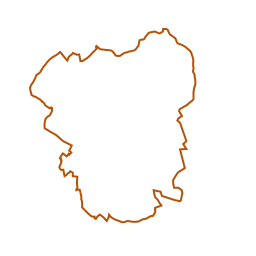 Silindia, Arad, Romania (Robinson projection), rotated 253°
{"feature_id": "2599482B7654473920884", "entity_name": "Silindia", "entity_type": "district", "adm_level": 2, "iso_a3": "ROU", "parent_name": "Romania", "parent_adm1": "Arad", "projection": "robinson", "projection_center": [21.934, 46.34], "detail": "fine", "context": "isolated", "style": "outline", "palette": "amber", "viewbox_px": 256, "rotation_deg": 253, "n_neighbors": 0, "source": "geoboundaries", "source_scale": "gbopen_adm2", "svg_char_len": 4003}
<svg xmlns="http://www.w3.org/2000/svg" viewBox="0 0 256 256"><g transform="rotate(253 128 128)"><path d="M212.4,190.6L210.1,189.6L209.2,186.4L209.4,185.4L212.4,181.9L212.8,178.7L213.0,175.7L211.8,173.9L209.7,170.8L208.6,170.0L208.1,168.6L208.4,167.6L208.6,165.8L208.5,164.7L207.0,163.9L205.0,162.8L203.3,161.8L202.9,161.0L201.9,159.6L201.0,158.4L200.4,156.9L200.4,156.4L200.6,153.5L200.8,151.0L200.7,148.9L200.8,146.0L200.2,144.2L199.3,141.3L199.9,139.5L200.4,138.1L200.9,137.5L201.6,137.1L202.6,136.9L203.5,136.6L204.8,136.0L206.0,135.4L206.8,134.9L207.1,134.4L208.0,132.5L209.6,128.6L211.4,124.6L211.8,124.2L212.2,123.9L215.6,121.9L215.3,121.2L214.8,121.0L212.9,121.2L212.2,119.7L211.4,118.2L210.6,116.6L209.4,114.6L208.5,113.1L207.2,110.3L206.7,109.3L205.9,106.0L205.5,105.1L205.4,104.4L205.9,102.1L212.6,102.8L212.7,101.8L213.0,101.1L213.1,100.3L213.6,99.9L214.0,99.2L214.6,98.6L215.7,97.6L215.8,97.1L214.8,95.9L214.5,94.7L213.9,93.3L213.1,91.9L210.2,89.7L211.3,89.1L220.5,85.4L220.4,84.9L220.1,84.1L219.6,83.5L219.1,81.9L218.5,79.8L217.7,76.4L216.5,73.3L215.4,71.3L214.2,69.4L212.9,67.8L211.2,64.9L207.6,61.0L206.7,59.8L206.4,58.9L206.0,58.0L205.8,57.2L205.7,56.4L205.4,56.0L205.1,55.6L204.5,55.1L203.0,54.0L199.4,50.5L197.4,47.9L195.2,46.1L194.7,46.0L192.3,45.6L189.7,45.6L187.8,45.4L186.6,46.6L185.4,47.5L184.9,48.9L183.4,49.9L182.2,51.1L181.0,52.3L180.0,52.6L179.4,53.1L178.7,53.7L178.2,53.5L178.0,53.9L177.0,54.6L175.8,55.3L174.8,55.2L174.3,55.3L173.0,56.1L171.7,57.2L170.9,57.9L170.0,58.7L169.5,59.2L169.5,59.9L170.1,60.5L169.2,61.3L166.0,60.0L163.1,57.1L162.0,53.6L160.8,51.8L158.1,50.2L155.9,49.2L152.0,48.2L151.6,48.6L149.9,50.2L147.7,52.1L142.2,57.3L134.5,62.0L127.7,69.1L123.5,65.1L121.1,66.6L119.6,64.0L120.6,63.7L118.8,61.1L122.7,58.3L121.7,56.8L119.0,54.0L118.1,54.3L118.1,54.9L117.0,55.0L117.0,54.7L116.7,54.7L116.0,54.7L115.8,54.2L115.1,54.2L114.9,54.2L114.0,53.9L113.9,53.7L112.6,52.4L111.2,51.4L110.9,51.0L110.1,50.9L108.6,51.2L107.4,51.8L107.2,52.4L107.0,53.9L100.6,53.3L100.9,54.0L100.8,55.1L100.9,55.3L101.9,56.6L102.2,57.0L102.5,58.4L102.6,58.9L103.4,60.0L103.5,60.1L102.6,61.1L101.3,62.1L99.1,61.5L98.0,61.2L96.2,65.3L90.7,63.2L89.3,62.9L88.1,62.5L87.2,62.5L86.2,62.4L84.8,61.5L84.5,60.7L83.6,60.4L83.6,61.0L83.7,61.7L83.5,63.0L83.0,63.8L81.7,63.7L79.7,63.6L78.2,63.5L76.2,63.4L73.8,62.5L72.1,62.6L71.5,62.5L69.5,62.2L65.5,60.9L61.8,62.8L58.2,64.7L57.3,65.3L56.3,65.9L55.2,66.5L53.8,67.7L53.0,70.1L51.2,69.7L50.5,70.7L51.9,72.4L52.1,72.7L52.5,73.4L52.8,74.2L53.5,75.5L52.2,76.7L51.6,77.1L49.2,78.7L48.3,79.3L47.4,79.5L46.3,80.0L45.3,80.5L46.1,81.3L48.5,83.6L49.0,83.6L50.6,84.5L48.9,85.1L48.3,85.4L47.0,86.3L46.4,86.8L44.8,88.2L44.6,88.5L42.3,91.4L41.8,92.1L41.1,93.0L40.0,94.2L39.7,94.9L39.2,95.9L39.1,96.9L39.1,98.0L39.2,99.3L39.1,100.6L37.9,103.2L36.9,105.1L36.5,106.4L36.0,108.4L35.5,110.7L36.3,114.9L36.3,116.2L36.0,117.7L36.1,119.4L37.1,124.0L37.1,124.9L36.6,125.8L37.4,127.1L37.8,127.8L38.5,128.1L38.7,128.4L38.8,128.5L39.5,129.5L41.0,129.8L41.5,129.7L42.2,130.2L42.9,130.2L43.7,130.6L44.1,137.3L45.4,137.0L46.6,136.3L50.1,135.6L51.7,134.9L53.3,134.1L53.9,133.8L54.6,133.8L57.1,133.8L60.4,134.3L61.0,134.4L58.7,138.4L57.6,140.5L53.1,140.6L45.7,151.2L44.0,154.1L42.8,156.2L42.8,156.4L43.1,156.8L43.7,157.7L45.9,158.8L49.8,160.9L51.8,161.1L52.8,161.2L54.8,159.8L56.3,158.2L57.4,154.6L61.3,154.9L65.1,156.0L69.7,161.2L71.0,163.0L73.0,170.6L92.3,171.5L90.9,177.7L96.5,176.1L98.4,180.0L106.6,179.7L117.7,179.3L120.7,177.4L122.1,178.7L122.4,178.9L123.7,183.1L126.6,182.4L129.4,181.8L130.9,183.1L132.7,190.8L133.2,192.3L133.7,192.8L134.1,194.1L135.0,196.4L135.5,197.5L136.3,199.0L141.3,200.6L143.1,201.1L146.5,202.7L150.1,205.2L154.4,206.4L158.0,206.8L159.7,207.3L161.7,206.8L162.8,206.6L164.4,207.3L166.0,208.3L167.8,208.3L171.0,209.3L174.1,210.4L178.1,210.6L179.5,210.4L180.9,210.6L183.4,210.0L188.8,206.6L191.6,204.0L193.9,200.8L195.2,199.9L199.9,199.5L205.1,195.5L207.5,195.0L210.5,194.6L211.6,193.3L212.4,190.6Z" fill="none" stroke="#b45309" stroke-width="2"/></g></svg>